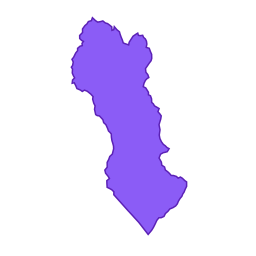 Campo Magro, Paraná, Brazil (Equal Earth projection), rotated 14°
{"feature_id": "56859067B84797689700286", "entity_name": "Campo Magro", "entity_type": "district", "adm_level": 2, "iso_a3": "BRA", "parent_name": "Brazil", "parent_adm1": "Paraná", "projection": "equal_earth", "projection_center": [-49.466, -25.298], "detail": "fine", "context": "isolated", "style": "filled", "palette": "violet", "viewbox_px": 256, "rotation_deg": 14, "n_neighbors": 0, "source": "geoboundaries", "source_scale": "gbopen_adm2", "svg_char_len": 2314}
<svg xmlns="http://www.w3.org/2000/svg" viewBox="0 0 256 256"><g transform="rotate(14 128 128)"><path d="M135.5,84.8L132.8,84.2L132.7,80.9L133.4,77.5L134.6,75.4L136.0,74.0L134.3,71.4L131.9,69.6L130.6,66.1L131.6,63.5L132.8,60.2L134.1,57.2L134.2,54.7L133.1,50.8L131.2,48.3L129.3,45.5L126.2,45.4L126.0,42.0L124.9,39.3L123.3,37.4L121.2,36.3L119.8,34.5L117.6,35.4L115.7,35.6L114.5,33.6L113.1,35.0L110.7,37.7L109.5,41.2L108.4,44.4L108.5,47.2L104.8,46.9L102.8,46.6L101.3,44.1L99.3,41.4L97.5,38.7L96.4,36.7L93.4,35.3L90.2,33.0L90.4,36.1L88.8,37.1L87.8,33.8L85.7,32.8L82.9,31.6L80.7,31.6L77.7,30.2L75.8,31.3L73.0,32.6L70.3,31.6L68.6,30.6L66.8,29.6L66.5,32.7L63.8,34.3L63.0,36.9L61.4,39.1L59.9,42.9L60.8,46.3L58.7,49.9L59.5,52.9L61.9,54.3L63.8,54.7L62.9,57.0L63.7,59.1L61.7,60.2L59.8,62.9L60.4,65.1L59.1,67.9L58.1,72.6L57.0,74.9L58.9,77.2L59.1,80.7L58.3,82.7L59.9,84.2L60.6,88.1L62.3,90.4L64.1,92.3L62.6,94.8L63.0,98.1L64.9,97.1L67.0,99.5L68.9,102.1L72.7,102.7L74.8,103.6L76.6,101.8L79.6,102.2L83.7,104.1L86.5,106.0L86.7,108.5L88.7,112.1L90.7,114.5L91.0,118.0L92.2,120.4L93.4,122.8L95.1,123.4L97.4,123.2L99.8,124.8L101.6,126.0L103.1,128.7L105.7,130.1L108.2,133.2L109.8,135.6L111.4,136.5L113.2,137.8L114.1,140.9L115.5,144.2L116.8,146.3L118.3,149.0L119.1,151.7L119.1,157.1L117.2,160.0L116.9,163.1L116.1,166.4L117.3,171.1L115.7,174.4L117.2,177.3L120.4,179.7L122.2,181.5L120.2,184.2L121.0,187.1L122.1,190.6L124.9,191.2L127.1,191.8L129.7,193.3L130.4,196.2L148.2,208.3L153.1,211.5L155.9,213.4L161.2,216.9L173.3,226.4L175.7,221.5L176.7,218.4L177.6,214.4L178.3,210.7L179.7,207.6L181.9,207.0L184.3,205.1L185.0,201.9L186.9,199.2L188.1,196.5L190.9,194.4L193.1,192.1L194.2,189.7L194.6,186.9L195.6,183.7L196.8,181.3L197.1,178.8L197.9,176.7L198.3,173.7L199.0,170.4L197.9,166.1L195.8,165.3L192.9,163.6L190.7,162.9L188.8,164.5L186.7,163.3L183.6,163.1L181.4,163.6L179.3,162.1L177.2,160.9L174.4,159.7L172.9,157.0L169.8,155.9L168.6,153.0L165.4,149.6L165.9,145.6L168.2,143.4L169.9,142.6L171.8,141.5L172.9,138.1L170.5,137.5L168.6,136.3L166.2,135.3L163.8,133.3L161.5,130.5L160.0,127.2L159.5,122.0L157.3,117.3L157.4,114.5L157.6,111.4L157.3,108.2L155.6,106.7L153.1,104.9L153.5,101.6L150.4,100.7L148.3,100.1L146.8,98.5L144.8,97.4L143.8,94.0L142.0,91.3L139.8,90.8L139.2,88.4L135.5,84.8Z" fill="#8b5cf6" stroke="#5b21b6" stroke-width="1.5"/></g></svg>